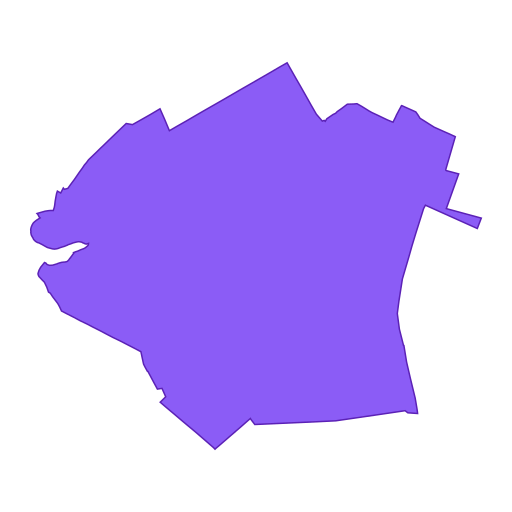 outline of Beba Veche, Timis, Romania
{"feature_id": "2599482B62831651771343", "entity_name": "Beba Veche", "entity_type": "district", "adm_level": 2, "iso_a3": "ROU", "parent_name": "Romania", "parent_adm1": "Timis", "projection": "natural_earth1", "projection_center": [20.316, 46.114], "detail": "fine", "context": "isolated", "style": "filled", "palette": "violet", "viewbox_px": 512, "rotation_deg": 0, "n_neighbors": 0, "source": "geoboundaries", "source_scale": "gbopen_adm2", "svg_char_len": 3329}
<svg xmlns="http://www.w3.org/2000/svg" viewBox="0 0 512 512"><path d="M455.3,136.7L449.3,133.9L444.5,131.8L439.6,129.6L434.9,127.5L434.4,127.3L428.8,123.8L424.4,121.0L419.9,118.2L419.8,117.9L417.8,114.7L415.8,111.9L409.8,109.2L405.1,107.1L401.8,105.6L401.5,105.6L400.5,107.5L398.9,110.4L397.7,112.7L396.5,114.9L395.6,117.0L393.0,122.2L387.6,120.0L383.0,117.8L377.6,115.2L372.0,112.6L368.8,110.8L365.8,108.9L361.6,106.3L357.0,103.7L353.8,104.0L347.3,104.2L341.9,108.3L337.2,111.6L336.0,112.9L335.4,113.4L333.2,114.4L326.9,118.7L325.2,121.3L324.2,120.4L322.3,121.1L316.3,114.1L310.9,104.7L305.9,95.8L300.8,86.8L296.0,78.5L290.9,69.5L287.1,62.8L279.7,67.0L269.6,72.9L259.9,78.5L249.5,84.5L239.7,90.1L229.2,96.2L218.5,102.4L208.0,108.4L197.9,114.2L186.8,120.7L176.6,126.5L169.4,130.7L164.5,119.0L160.0,108.8L150.4,114.5L140.7,120.0L132.5,124.6L126.2,123.5L121.8,127.7L116.7,132.6L109.0,140.0L104.6,144.3L100.7,148.0L95.5,153.1L88.6,159.7L86.4,162.7L84.4,165.0L82.7,167.6L82.0,168.6L79.5,172.0L74.2,179.7L71.8,182.9L70.4,184.8L67.8,188.4L64.4,189.3L63.3,188.0L60.7,193.0L57.4,191.1L56.6,193.4L55.9,197.0L55.2,201.0L54.7,205.1L54.3,207.3L53.3,210.5L50.1,210.5L48.2,210.7L45.0,211.2L39.0,212.9L37.0,213.5L37.9,214.5L38.5,215.7L39.1,216.9L40.1,217.9L36.5,220.2L34.4,221.9L33.2,223.1L32.4,224.5L32.1,225.0L31.2,227.2L30.8,228.9L30.7,229.7L30.9,231.5L30.8,232.7L31.1,234.0L31.2,234.8L32.2,236.8L32.7,237.5L33.7,239.6L34.5,240.3L35.4,241.3L37.4,242.5L38.1,242.7L38.9,242.9L41.0,244.0L41.5,244.2L45.2,246.3L46.1,246.8L47.4,247.5L52.5,248.9L54.6,249.1L56.7,248.8L58.0,248.5L60.0,247.7L62.2,247.0L64.6,246.3L65.5,245.9L67.5,245.1L68.1,244.7L70.3,244.0L72.0,243.4L72.2,243.2L73.9,242.7L76.6,242.0L78.4,241.7L79.8,241.8L81.8,242.2L82.9,242.9L83.9,243.2L84.8,243.7L86.2,244.1L86.6,244.0L88.5,243.4L88.3,244.9L87.8,245.7L85.9,247.3L85.1,247.9L83.8,248.6L80.8,249.7L78.2,250.9L76.5,251.5L76.0,251.6L73.5,252.6L73.8,253.2L72.9,254.3L72.7,254.6L71.5,256.3L71.1,256.7L70.5,257.8L70.0,258.1L68.7,260.0L67.4,261.3L66.8,261.6L65.1,262.0L63.8,262.1L61.8,262.3L59.9,262.8L58.0,263.4L56.9,263.9L55.8,264.2L52.5,265.2L50.0,265.3L49.2,265.3L47.1,264.5L46.7,264.1L45.9,263.1L44.5,262.5L43.7,263.5L41.6,266.1L40.7,267.2L39.2,269.9L38.8,270.9L38.0,273.5L38.1,274.5L38.5,275.6L39.0,276.6L39.7,277.3L42.0,279.8L44.4,282.2L45.5,284.5L46.8,287.2L48.5,292.1L50.3,293.2L52.6,296.7L57.6,303.3L58.6,305.0L59.6,306.9L61.5,311.0L66.9,313.8L73.8,317.3L80.3,320.8L87.0,324.0L93.3,327.3L99.7,330.5L106.3,334.0L112.8,337.4L119.9,340.8L126.5,344.2L133.7,347.9L140.9,351.7L141.1,352.6L143.2,362.5L143.6,364.2L145.0,367.0L147.4,371.3L147.9,371.4L151.1,377.4L154.2,383.2L157.4,389.1L162.0,388.4L164.0,392.9L165.7,396.8L160.2,402.2L165.3,406.6L169.8,410.4L175.4,415.1L181.5,420.3L187.8,425.6L194.3,431.0L200.0,435.9L206.8,441.8L213.5,447.6L215.0,449.2L215.7,448.5L220.3,444.6L242.6,425.3L249.4,419.3L250.4,418.5L250.6,419.0L254.8,424.5L313.5,421.9L335.8,420.8L377.9,414.7L405.1,410.7L407.8,412.8L417.6,413.5L417.4,411.7L417.0,408.9L415.2,398.2L410.5,378.9L406.6,362.1L403.9,345.5L403.5,345.4L399.4,329.2L397.3,313.5L398.9,301.3L402.4,278.9L408.8,257.1L412.0,245.8L415.8,233.3L420.2,219.4L423.6,208.6L425.4,205.2L477.3,228.5L481.3,218.1L446.3,208.6L458.7,173.9L446.3,170.6L446.0,170.4L445.8,170.1L445.8,169.4L455.3,136.7Z" fill="#8b5cf6" stroke="#5b21b6" stroke-width="1.5"/></svg>